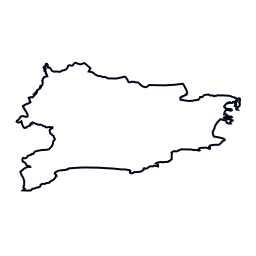 the district of Khanom, Nakhon Si Thammarat, Thailand, rotated 91°
{"feature_id": "78962969B77889758580625", "entity_name": "Khanom", "entity_type": "district", "adm_level": 2, "iso_a3": "THA", "parent_name": "Thailand", "parent_adm1": "Nakhon Si Thammarat", "projection": "equal_earth", "projection_center": [99.815, 9.204], "detail": "fine", "context": "isolated", "style": "outline", "palette": "ink", "viewbox_px": 256, "rotation_deg": 91, "n_neighbors": 0, "source": "geoboundaries", "source_scale": "gbopen_adm2", "svg_char_len": 5754}
<svg xmlns="http://www.w3.org/2000/svg" viewBox="0 0 256 256"><g transform="rotate(91 128 128)"><path d="M98.9,226.2L99.4,226.7L99.5,228.1L99.8,228.5L99.7,227.9L100.2,227.1L101.0,226.8L102.2,227.1L103.5,226.0L103.9,226.0L104.6,226.9L104.7,227.5L105.5,228.6L105.8,229.9L106.6,231.5L107.2,232.0L107.5,233.0L107.9,232.9L108.1,233.4L109.1,233.0L114.2,229.7L116.7,228.6L118.2,228.6L118.5,229.2L118.6,230.4L117.9,233.3L118.2,234.9L118.7,235.6L121.4,237.4L122.7,239.1L123.6,239.5L124.3,238.5L124.4,236.7L124.2,236.1L123.1,234.7L126.1,233.9L128.5,232.8L129.5,232.0L129.8,231.3L129.3,230.6L129.4,229.5L128.6,229.1L128.0,228.1L127.8,226.7L127.4,226.5L127.1,226.0L126.5,226.0L126.2,225.2L126.0,225.7L125.6,225.7L125.5,225.2L124.8,224.8L124.0,223.3L124.6,222.6L125.2,220.5L125.6,219.9L125.6,219.1L126.2,218.3L126.4,217.4L126.2,217.1L126.2,215.6L126.5,214.2L127.6,212.8L127.7,211.2L128.8,210.1L128.4,206.7L128.6,203.5L129.1,203.4L129.8,204.1L130.9,206.1L131.7,206.3L133.6,206.0L134.9,205.5L137.3,202.2L139.5,201.5L140.2,200.9L141.2,201.2L142.6,202.5L145.0,202.8L147.4,203.7L150.7,206.8L151.1,208.4L151.6,214.3L152.9,220.0L154.1,221.5L155.6,222.2L155.6,223.7L156.6,224.7L157.5,227.5L159.8,229.2L160.1,230.7L159.7,232.3L159.8,232.6L161.4,233.1L163.3,232.7L164.6,230.2L166.7,229.0L167.5,228.2L167.9,225.8L168.2,225.3L168.6,225.1L168.7,227.4L169.2,228.9L170.4,231.1L173.7,234.9L177.4,233.4L179.5,231.9L181.6,231.4L182.3,230.9L186.9,230.8L187.5,231.2L189.1,231.6L190.1,231.1L190.1,230.5L190.4,230.2L192.2,232.1L192.3,226.4L192.1,224.0L190.5,222.6L190.0,220.1L188.9,217.7L189.0,216.6L188.4,215.3L187.8,214.7L186.7,214.6L185.5,213.2L185.2,209.6L184.6,209.1L184.1,205.8L183.6,205.2L182.9,205.0L181.2,201.8L178.9,199.6L177.1,199.3L177.0,198.8L176.4,199.3L175.9,199.2L174.9,200.5L173.7,200.1L172.0,197.0L171.4,193.9L171.0,189.9L170.6,189.2L170.8,188.7L170.2,187.9L170.2,187.0L169.7,186.8L169.4,186.3L168.4,175.1L168.2,169.0L168.2,157.0L168.9,140.8L169.5,134.4L169.5,130.4L170.0,126.3L170.6,124.9L171.6,125.1L171.8,125.4L172.8,125.2L173.1,124.7L173.2,123.2L172.9,122.1L171.9,121.2L172.0,119.4L171.5,114.7L169.6,111.7L168.2,111.7L167.9,110.9L168.4,109.8L168.1,108.3L166.7,106.6L165.9,105.1L165.9,102.4L165.3,101.3L165.5,98.8L165.9,97.3L165.1,97.2L163.7,97.7L162.8,98.9L162.8,99.2L162.2,98.5L162.5,98.0L161.9,97.5L161.4,94.4L161.3,93.6L161.8,92.9L161.2,89.9L161.3,87.5L160.4,86.8L159.9,85.2L158.9,84.6L158.5,83.7L155.6,83.9L153.3,83.6L152.0,84.1L151.1,83.3L150.5,81.9L150.3,81.1L150.6,79.5L150.4,79.2L150.5,78.8L149.9,77.8L149.9,77.3L149.3,76.9L149.2,75.9L148.6,75.0L148.4,74.0L148.4,64.2L149.0,61.5L148.7,59.7L149.4,56.6L149.1,56.1L148.3,57.3L148.9,56.1L148.0,57.1L147.1,56.4L146.6,54.9L146.3,49.5L147.5,45.9L146.8,45.6L145.4,46.7L145.0,46.4L144.8,45.7L144.1,45.6L143.7,44.3L143.2,40.1L143.3,37.2L142.1,35.4L140.0,33.7L138.3,31.0L137.9,31.0L137.0,32.3L136.1,35.5L135.0,42.0L133.3,42.8L130.6,43.3L127.2,41.7L124.8,41.1L123.0,40.2L121.0,38.9L117.6,35.8L119.0,30.4L119.5,29.7L121.1,29.4L121.9,26.8L121.7,25.5L121.3,25.9L120.5,25.9L119.2,24.4L118.9,23.7L118.8,22.7L118.0,25.1L117.0,30.2L116.1,32.4L115.6,32.1L115.3,30.6L116.1,26.4L116.1,25.7L115.4,24.3L115.0,24.5L114.7,25.3L114.8,28.3L114.3,28.7L113.9,28.6L113.5,29.9L112.7,29.8L112.5,30.1L112.7,32.1L110.5,31.7L108.0,30.3L108.9,25.7L108.8,25.0L108.3,24.4L107.8,24.6L107.3,25.7L107.0,29.8L106.8,30.4L106.5,30.9L105.9,31.1L105.6,31.9L105.0,31.8L104.7,32.2L103.6,31.7L103.2,31.0L102.8,30.9L101.1,29.0L101.5,28.4L101.5,27.7L101.4,27.5L100.9,27.8L100.4,26.6L101.2,25.3L101.2,24.4L100.0,23.5L99.8,21.2L98.7,20.3L98.0,20.1L97.3,19.5L96.2,20.7L95.9,21.2L95.8,22.1L95.4,22.5L95.4,23.5L94.4,25.9L94.0,27.8L93.7,34.5L93.9,36.4L93.6,38.3L94.2,39.9L94.2,41.4L94.8,42.0L94.8,42.3L94.4,43.0L93.9,44.3L94.1,45.0L94.0,46.5L93.1,48.1L93.6,51.7L94.1,52.8L95.8,54.2L95.7,56.4L97.6,57.2L98.7,58.3L98.4,58.9L99.1,60.3L98.9,61.5L99.7,63.9L99.9,68.2L98.8,76.0L98.1,75.8L97.9,76.1L97.1,76.3L96.2,75.6L95.8,75.0L95.8,74.1L95.3,74.0L94.7,72.2L93.8,71.1L93.8,70.4L93.2,70.5L92.8,69.6L92.4,69.3L89.4,70.1L83.8,73.1L82.8,74.1L83.9,81.5L84.7,91.9L84.7,107.3L85.0,108.0L86.8,110.3L86.8,112.1L86.3,113.7L85.1,115.7L82.7,118.1L82.3,118.8L82.1,121.7L81.7,123.6L81.7,125.3L82.3,126.9L82.2,127.8L81.3,128.8L79.9,129.3L77.1,131.3L76.7,131.9L78.6,139.8L78.8,142.7L78.7,146.3L78.8,148.0L78.7,149.2L77.9,150.3L77.4,152.2L77.5,154.1L76.7,156.0L76.5,158.7L75.2,161.5L73.5,163.6L72.8,164.9L72.2,168.3L68.9,166.6L64.1,172.3L64.0,173.3L65.2,176.5L64.9,178.3L63.7,181.8L64.2,182.7L66.5,184.5L66.7,185.4L66.3,187.5L66.6,188.8L67.5,189.0L69.5,190.1L70.5,191.0L71.4,193.0L71.5,194.3L73.0,196.9L72.8,200.6L72.9,202.6L72.7,203.9L72.3,204.8L69.1,207.2L69.2,208.0L68.8,208.7L68.7,209.3L68.4,209.5L67.9,209.3L67.2,210.7L66.8,209.7L66.3,210.1L66.1,209.6L65.3,210.1L65.1,210.5L65.4,211.2L66.0,211.5L67.0,211.3L68.2,213.0L68.9,213.4L69.3,212.2L69.8,212.3L70.0,211.6L70.4,211.7L70.8,212.7L71.1,212.5L71.1,211.7L72.3,212.5L72.8,211.4L73.2,211.2L74.0,211.4L74.7,210.7L75.4,211.0L76.1,210.1L77.0,210.1L77.7,209.7L78.0,211.2L78.8,213.0L79.6,213.3L80.2,214.0L81.9,214.2L82.2,214.6L83.4,214.0L86.6,214.4L87.6,216.4L87.8,216.4L88.0,215.9L88.3,215.7L88.7,215.8L88.9,216.8L89.2,216.9L89.5,216.3L90.2,216.8L91.5,219.1L92.1,219.7L92.8,219.5L94.1,219.9L93.9,220.3L93.4,220.1L93.4,220.4L93.6,220.7L94.6,220.8L95.0,221.9L95.3,222.0L95.5,220.8L95.8,220.8L96.1,221.2L96.3,222.8L97.1,222.4L97.4,222.8L98.1,223.0L98.9,223.8L98.9,226.2ZM100.6,17.3L98.9,16.5L97.7,16.5L96.5,16.8L96.2,17.6L96.7,18.4L99.0,19.1L99.4,19.8L100.1,20.0L101.7,21.5L102.3,20.4L102.9,20.2L103.3,20.5L103.6,21.4L104.1,21.7L104.9,19.8L106.3,20.1L106.6,19.8L106.0,18.9L104.8,18.2L104.3,17.1L103.4,16.7L101.4,16.6L100.6,17.3ZM107.4,20.1L107.6,20.0L107.8,18.8L107.0,19.5L107.4,20.1Z" fill="none" stroke="#020617" stroke-width="2"/></g></svg>